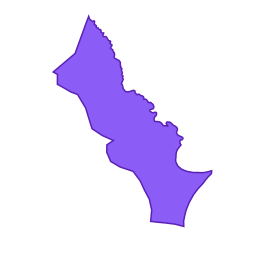 outline of Chari, Chari-Baguirmi, Chad, rotated 141°
{"feature_id": "50815135B55510615891344", "entity_name": "Chari", "entity_type": "district", "adm_level": 2, "iso_a3": "TCD", "parent_name": "Chad", "parent_adm1": "Chari-Baguirmi", "projection": "orthographic", "projection_center": [15.102, 11.728], "detail": "fine", "context": "isolated", "style": "filled", "palette": "violet", "viewbox_px": 256, "rotation_deg": 141, "n_neighbors": 0, "source": "geoboundaries", "source_scale": "gbopen_adm2", "svg_char_len": 4114}
<svg xmlns="http://www.w3.org/2000/svg" viewBox="0 0 256 256"><g transform="rotate(141 128 128)"><path d="M169.2,41.1L168.7,40.7L163.5,35.4L158.5,30.5L151.9,23.6L146.6,16.4L143.4,20.6L139.0,24.2L134.4,27.7L127.1,31.7L118.9,35.0L111.9,36.7L104.3,37.8L103.6,38.0L99.5,39.0L97.9,39.3L96.6,39.6L95.1,39.7L94.2,39.8L93.3,39.9L92.0,40.0L89.9,42.1L91.5,42.9L92.3,43.1L97.0,45.5L99.7,47.6L102.2,49.9L103.8,51.1L105.6,52.6L108.0,55.5L109.3,57.0L110.8,59.4L112.3,62.3L113.2,67.0L112.2,71.5L110.9,73.5L110.1,74.1L108.3,76.1L106.3,78.2L105.3,79.0L103.2,80.1L99.5,81.1L98.6,81.3L97.5,81.4L97.4,81.6L97.5,82.1L96.9,83.7L96.8,84.0L96.6,84.3L96.3,84.8L96.0,85.0L95.5,85.5L94.8,85.5L93.4,84.9L92.3,85.0L92.2,85.1L91.7,85.5L91.5,86.2L91.7,86.8L91.8,87.2L93.4,90.2L93.7,91.9L93.6,92.9L93.1,94.0L92.7,94.3L92.4,94.6L91.4,95.1L91.0,95.3L90.7,95.6L90.4,95.9L90.2,96.1L89.9,97.1L89.8,97.3L89.8,98.0L90.1,99.4L90.6,100.6L91.0,101.3L91.1,102.0L91.1,102.5L91.4,105.0L91.9,106.3L92.1,106.4L92.5,106.9L93.0,107.4L93.2,107.7L94.1,108.1L94.5,108.0L95.1,107.9L95.5,107.5L95.6,107.1L95.6,106.8L95.6,106.7L95.8,106.2L95.6,105.0L95.9,104.8L96.0,104.6L96.5,105.2L97.6,106.4L97.8,106.5L98.2,106.8L98.6,107.0L98.9,107.2L98.9,107.4L99.1,108.0L99.0,108.3L98.9,109.7L99.0,111.4L99.4,112.2L99.8,113.1L101.0,114.4L101.2,114.6L102.6,115.7L102.9,116.4L103.0,116.5L102.9,116.9L102.8,117.4L102.6,117.8L102.3,118.4L101.7,119.1L101.0,119.4L100.6,119.7L100.3,119.8L99.9,119.8L98.6,119.9L97.9,120.2L97.7,120.3L96.8,121.2L96.6,121.3L96.5,121.7L96.3,122.1L96.4,122.3L96.6,122.8L96.9,123.1L97.5,123.5L98.0,123.7L99.1,124.2L99.4,124.5L99.5,124.6L100.3,127.0L100.1,127.7L99.5,128.2L99.3,128.2L99.1,128.1L98.6,128.1L98.2,127.9L96.9,127.3L96.4,127.2L96.0,127.2L95.6,127.4L95.2,127.6L94.5,128.3L93.9,129.9L93.8,130.1L93.8,131.0L93.9,131.5L94.0,132.0L94.2,132.5L94.1,132.8L94.3,133.4L94.4,133.8L94.8,133.9L95.2,134.0L96.0,135.0L96.3,135.4L95.9,135.9L95.8,136.0L95.9,137.0L95.8,137.7L95.8,138.1L95.9,138.8L96.0,139.0L97.0,140.1L97.3,140.4L97.2,140.4L96.7,141.8L96.4,142.3L96.3,142.7L96.6,143.6L96.8,144.1L97.6,145.2L97.7,145.5L98.0,146.9L98.2,147.3L98.3,147.4L98.4,147.6L99.7,148.0L99.8,148.2L100.2,148.6L100.2,149.9L100.2,151.1L99.9,151.6L99.7,151.9L99.3,152.4L99.8,153.6L100.1,153.9L100.4,154.0L100.5,154.1L104.5,155.6L106.0,156.7L107.0,157.9L107.0,158.4L107.0,159.3L107.0,160.2L107.0,161.5L106.9,161.8L106.8,162.0L106.6,162.2L106.6,162.4L106.1,163.4L106.0,163.6L105.2,165.1L105.3,165.3L105.4,166.3L105.2,166.5L104.8,166.8L104.7,166.9L102.3,168.2L101.4,168.7L101.0,168.9L100.9,169.3L100.7,169.9L100.5,170.6L100.2,170.9L99.6,171.2L99.2,171.4L99.2,171.5L99.4,172.3L99.5,172.8L99.6,173.3L98.5,173.8L98.2,174.0L97.7,174.3L97.5,174.9L97.2,175.7L97.1,176.0L97.0,176.3L96.8,177.0L96.5,177.1L96.4,177.2L95.3,178.1L95.5,178.7L95.7,179.4L95.8,179.5L94.8,180.4L94.6,181.5L94.4,181.7L93.6,182.7L92.6,183.9L92.5,185.7L92.5,185.9L92.5,186.2L92.9,187.1L93.0,187.2L93.9,189.4L94.0,189.5L94.1,189.9L94.5,191.3L94.4,191.6L94.3,191.9L92.6,193.1L92.1,193.7L91.8,194.1L91.7,194.4L91.3,195.6L91.4,195.8L91.5,195.8L91.2,197.4L91.1,197.7L90.6,198.7L91.4,200.2L91.4,200.7L91.4,200.8L90.9,201.4L89.2,201.9L88.5,202.4L88.4,202.4L88.3,202.6L88.1,202.9L88.8,204.5L88.8,204.9L88.7,205.4L87.6,205.7L87.4,205.9L87.1,206.2L87.1,207.0L88.0,208.0L88.1,208.4L88.1,208.5L87.8,209.9L87.5,212.3L87.6,212.7L87.8,213.2L88.0,213.3L88.3,213.4L89.5,214.5L89.6,215.0L89.6,215.5L89.5,215.8L87.7,216.6L87.3,217.1L87.1,217.3L87.4,217.5L88.3,218.1L88.7,218.7L88.7,219.0L88.7,219.3L88.1,220.1L87.9,220.4L87.4,221.2L87.5,221.8L87.7,222.0L88.3,222.6L88.5,223.5L88.2,224.5L88.6,224.8L89.3,225.8L89.2,226.5L88.3,227.2L88.5,227.5L88.4,228.5L89.0,229.4L88.8,229.9L87.0,231.7L86.8,232.3L87.0,232.6L87.1,232.8L88.0,233.0L88.6,233.1L88.9,234.7L89.2,236.0L89.2,236.3L89.2,237.3L89.0,237.7L88.8,238.1L88.3,239.5L96.5,234.7L122.3,219.2L150.9,218.6L149.1,214.1L155.4,206.4L153.5,201.8L149.7,191.9L146.1,185.8L148.3,170.3L156.4,150.1L152.7,138.3L147.2,127.5L155.0,128.2L159.8,122.5L162.5,112.9L158.7,102.7L151.3,91.1L151.8,79.1L154.4,68.9L156.2,59.3L161.2,49.3L169.2,41.1Z" fill="#8b5cf6" stroke="#5b21b6" stroke-width="1.5"/></g></svg>